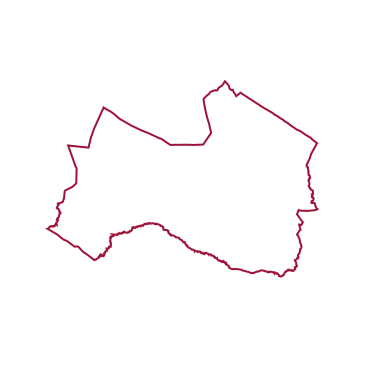 the district of Simanjiro, Manyara, United Republic of Tanzania, rotated 124°
{"feature_id": "72390352B2790991966076", "entity_name": "Simanjiro", "entity_type": "district", "adm_level": 2, "iso_a3": "TZA", "parent_name": "United Republic of Tanzania", "parent_adm1": "Manyara", "projection": "robinson", "projection_center": [37.302, -4.321], "detail": "fine", "context": "isolated", "style": "outline", "palette": "rose", "viewbox_px": 384, "rotation_deg": 124, "n_neighbors": 0, "source": "geoboundaries", "source_scale": "gbopen_adm2", "svg_char_len": 5993}
<svg xmlns="http://www.w3.org/2000/svg" viewBox="0 0 384 384"><g transform="rotate(124 192 192)"><path d="M136.0,78.4L135.7,80.1L134.4,82.1L132.9,83.6L132.7,84.2L134.2,86.9L133.7,87.4L132.7,87.6L132.4,87.6L132.0,87.0L130.7,86.9L129.6,87.3L129.3,87.8L129.3,89.0L128.9,88.9L128.8,89.8L128.5,89.6L127.3,91.0L127.2,90.5L126.8,90.4L125.5,90.7L125.3,91.3L123.3,92.5L123.5,94.6L123.2,96.0L122.7,96.0L122.5,96.7L122.3,97.8L121.6,98.2L121.3,98.9L120.2,98.8L119.5,99.2L118.4,100.3L118.0,101.3L117.3,101.8L116.7,101.7L116.1,102.4L114.7,101.7L114.3,101.8L113.8,102.3L113.8,102.9L112.7,103.5L112.7,104.6L112.3,104.6L111.7,105.7L110.6,106.6L109.7,106.7L109.1,107.8L107.0,109.4L106.5,110.5L106.7,111.2L105.5,112.1L97.7,113.3L94.0,114.5L81.6,115.6L81.3,121.2L80.7,123.5L81.1,129.4L80.9,135.8L81.7,140.2L81.6,148.4L81.3,150.2L81.5,155.5L81.2,157.0L81.5,160.7L81.3,162.9L81.7,166.4L81.4,169.3L82.2,180.4L82.6,207.4L87.8,208.9L87.3,209.6L85.9,213.2L84.5,215.2L85.4,216.0L85.4,218.4L83.0,221.4L81.8,226.6L85.8,226.5L88.0,226.9L89.3,227.7L91.1,228.2L93.5,227.8L94.5,228.8L94.6,229.8L98.4,232.5L99.8,232.8L101.7,232.7L102.9,233.5L108.3,234.4L109.1,234.0L115.4,228.0L122.0,220.9L125.2,216.8L132.3,209.2L146.4,209.2L152.3,217.3L155.4,222.3L165.1,236.4L165.1,247.4L165.7,249.1L167.6,261.1L169.2,268.3L170.8,279.0L171.3,285.4L171.8,293.5L170.9,300.4L170.8,304.7L171.4,309.6L171.3,312.5L194.3,308.6L203.8,306.1L213.1,302.6L222.7,320.7L235.9,302.8L236.9,300.9L249.2,293.0L250.8,293.0L255.0,294.2L261.3,297.8L262.4,298.0L268.8,294.6L272.7,293.6L273.6,294.5L275.6,295.5L276.1,296.6L276.9,296.7L277.1,295.9L277.7,295.3L279.5,295.5L280.5,295.2L280.7,294.0L280.9,294.1L280.7,293.2L281.4,292.5L281.3,291.9L282.2,291.1L282.4,290.1L282.9,290.2L282.8,289.8L283.2,289.6L283.4,289.1L285.4,289.4L286.3,288.6L288.6,288.3L288.7,288.9L289.1,288.9L289.6,288.6L290.2,288.6L290.4,287.5L291.0,287.9L291.1,287.3L292.4,287.0L293.4,287.4L294.5,286.2L294.4,286.8L294.6,287.1L295.6,287.0L296.0,286.5L297.6,287.2L297.4,287.5L297.8,287.6L297.9,288.0L298.4,288.2L298.3,288.7L299.0,289.7L299.3,289.5L299.5,290.0L300.7,290.6L301.3,290.4L302.2,290.7L302.7,290.4L303.3,291.0L302.6,279.9L303.3,272.4L302.5,267.7L303.0,259.4L302.7,258.2L301.5,257.1L300.9,255.6L302.5,249.1L302.5,243.4L303.1,234.9L302.5,234.8L301.9,233.8L300.9,233.8L299.0,232.6L298.3,232.6L297.8,233.1L297.4,232.4L295.4,233.1L294.7,232.8L294.8,231.3L295.5,230.9L294.7,230.2L294.6,229.4L293.6,229.5L293.2,230.1L292.8,229.7L292.1,229.8L291.8,230.6L290.6,230.2L289.7,230.6L288.6,229.7L288.2,230.2L287.5,230.2L286.8,231.1L286.5,230.3L286.1,230.5L285.3,229.5L284.1,230.2L282.9,228.8L282.1,229.7L281.6,229.5L281.3,229.9L280.7,229.9L279.3,231.0L279.4,231.4L278.6,232.5L277.6,232.6L276.1,234.0L275.6,233.6L275.0,234.2L274.6,233.8L274.1,234.2L273.7,233.5L273.3,233.6L272.3,232.5L271.7,233.2L271.6,234.2L270.3,231.9L269.7,230.2L268.7,230.5L268.2,229.5L266.8,229.5L266.9,228.8L266.6,228.5L266.4,227.7L265.9,227.3L266.1,227.9L264.9,227.3L264.9,226.6L264.2,226.3L263.6,226.5L263.1,225.9L262.7,225.9L262.8,225.0L262.3,223.1L260.7,222.4L260.7,221.9L260.4,222.0L259.7,221.5L259.2,221.7L259.2,221.3L258.5,220.7L256.9,220.6L255.1,221.5L254.6,220.5L254.1,220.8L254.0,220.1L253.5,220.1L253.3,218.7L251.8,218.7L251.4,217.5L250.2,217.5L249.9,216.8L249.4,216.6L248.8,215.9L249.1,215.3L247.3,214.7L247.3,213.7L245.1,213.6L245.0,213.1L244.4,212.9L244.4,212.3L243.7,211.4L243.2,211.5L243.2,211.2L242.7,211.0L242.8,210.6L242.2,210.3L242.0,209.7L241.3,209.6L241.5,208.9L241.1,208.5L240.9,208.0L240.1,207.5L239.3,205.6L239.4,205.3L239.0,205.0L239.1,204.2L238.0,203.5L238.3,203.1L237.1,200.5L237.3,199.6L237.7,199.3L237.6,198.8L237.3,198.7L237.0,196.7L237.2,196.1L237.9,196.1L238.4,195.1L239.1,194.5L238.8,194.3L238.7,193.3L237.6,191.7L237.4,189.8L238.2,189.7L238.7,188.8L239.2,188.5L239.0,187.8L239.5,186.9L239.2,186.4L239.9,185.7L239.7,185.0L239.3,185.0L239.5,184.5L238.7,183.8L238.3,182.3L238.6,179.9L238.0,179.1L237.4,177.4L237.5,176.3L238.0,175.7L237.6,173.2L238.5,171.4L238.4,170.4L237.6,170.2L237.6,169.7L239.1,167.8L238.9,167.3L239.4,166.8L239.1,166.5L239.1,165.7L239.9,165.1L240.1,164.0L239.7,162.3L239.9,159.9L239.1,158.9L239.2,157.8L238.9,157.0L239.6,156.5L239.2,156.4L238.4,155.0L238.5,153.7L237.8,153.6L237.9,153.1L236.9,152.0L236.9,151.1L237.5,150.6L236.9,148.0L236.6,148.2L236.7,147.4L236.3,147.5L236.0,147.0L235.5,147.3L234.3,146.0L234.6,145.2L234.2,144.0L234.5,143.3L234.1,143.4L233.3,141.3L233.8,140.8L233.4,140.5L233.6,139.8L233.1,139.2L232.9,138.1L233.4,137.5L233.1,136.8L233.8,136.3L233.3,134.6L232.7,134.2L233.6,133.5L234.0,131.8L233.7,130.7L233.1,130.5L232.9,129.6L233.4,129.1L233.4,128.0L232.6,127.4L232.1,127.8L231.6,127.4L231.8,126.2L232.3,126.0L231.9,125.1L232.5,125.2L231.6,124.6L231.8,124.0L232.5,124.1L232.5,123.7L232.9,123.4L232.6,122.9L232.9,122.1L232.7,120.9L233.1,119.5L233.6,119.5L234.0,118.8L233.9,117.3L233.3,115.3L231.0,112.1L228.7,107.4L228.9,106.4L227.7,103.5L227.6,102.5L226.6,100.4L226.3,97.8L225.6,97.1L225.0,95.8L224.6,95.9L223.9,95.0L222.0,94.0L221.2,93.1L221.2,92.7L219.1,91.5L218.0,90.5L216.8,87.8L216.7,86.4L216.1,85.6L216.1,84.3L215.8,84.3L215.5,83.4L214.9,83.3L215.0,83.0L213.7,81.7L213.6,80.3L212.9,79.7L213.3,78.3L212.8,78.2L213.1,77.9L212.8,77.9L212.7,77.4L212.6,77.8L212.4,77.7L212.4,76.6L211.9,76.1L212.1,75.9L211.8,75.6L212.0,75.4L211.8,75.2L212.4,73.0L213.0,72.7L212.1,70.8L211.2,70.1L210.3,70.3L209.0,69.5L206.9,70.2L205.5,69.5L205.0,69.8L204.1,68.9L202.8,68.9L202.8,67.9L202.1,68.0L201.8,65.8L201.0,65.7L201.1,64.3L200.7,63.8L199.4,63.8L198.2,63.3L196.9,64.7L196.0,64.2L195.8,63.7L195.0,63.6L194.4,63.8L193.8,65.1L192.5,65.9L191.1,68.6L189.5,67.8L187.6,67.8L187.4,67.0L186.3,67.4L185.9,68.3L184.6,69.0L183.4,68.7L182.4,68.7L181.0,69.5L180.2,69.5L178.9,70.4L178.6,70.1L176.8,70.3L175.7,70.9L175.0,72.0L174.4,72.4L173.6,74.1L170.8,76.5L170.3,77.7L168.9,79.6L168.6,81.2L163.3,81.3L162.6,80.9L159.1,85.0L158.1,82.9L155.0,83.2L154.2,86.1L151.7,92.5L147.3,93.5L147.0,91.9L142.9,85.4L137.9,79.4L136.0,78.4Z" fill="none" stroke="#9f1239" stroke-width="2"/></g></svg>